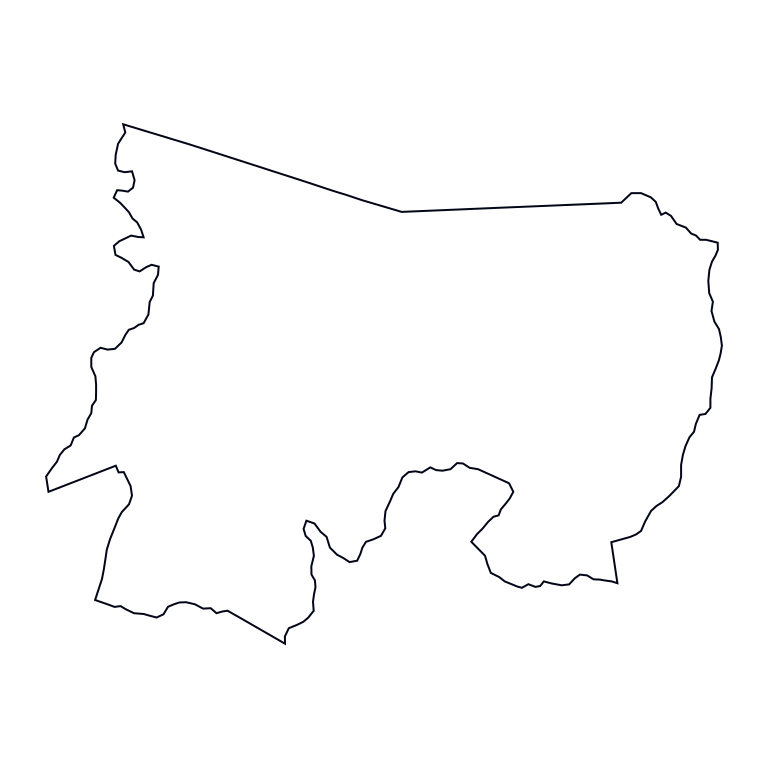 outline of Uruoca, Ceará, Brazil
{"feature_id": "56859067B73687769922526", "entity_name": "Uruoca", "entity_type": "district", "adm_level": 2, "iso_a3": "BRA", "parent_name": "Brazil", "parent_adm1": "Ceará", "projection": "equal_earth", "projection_center": [-40.696, -3.323], "detail": "fine", "context": "isolated", "style": "outline", "palette": "ink", "viewbox_px": 768, "rotation_deg": 0, "n_neighbors": 0, "source": "geoboundaries", "source_scale": "gbopen_adm2", "svg_char_len": 3141}
<svg xmlns="http://www.w3.org/2000/svg" viewBox="0 0 768 768"><path d="M95.1,600.0L107.8,604.4L114.5,606.9L120.6,606.1L125.9,609.3L134.0,613.2L143.7,614.0L149.7,615.7L156.6,617.5L163.5,614.3L168.0,606.8L173.6,604.4L179.2,602.5L186.0,602.2L195.0,604.3L203.0,608.6L210.7,608.2L216.5,613.2L222.4,611.5L227.5,610.7L240.9,618.3L285.0,643.7L284.9,636.4L288.8,628.2L297.4,624.7L303.3,621.8L308.3,617.6L313.7,610.8L313.0,601.8L314.0,594.4L315.5,587.1L314.9,580.3L311.5,574.6L311.3,566.5L313.9,555.8L312.8,547.5L310.8,540.8L305.7,536.0L303.6,528.9L306.4,520.7L314.5,523.5L320.5,531.7L326.6,536.9L329.9,547.6L337.0,554.7L343.1,557.9L349.5,562.1L357.2,560.7L360.4,553.9L362.4,547.6L366.0,541.8L373.4,539.3L381.0,535.8L385.3,528.3L384.5,520.7L385.5,511.1L390.2,501.0L393.2,493.9L398.5,487.0L402.4,477.4L408.6,472.1L415.5,471.3L421.9,472.6L430.3,467.4L436.1,470.1L442.5,470.7L450.5,469.2L457.1,463.1L463.0,463.5L469.6,467.8L478.1,469.2L509.1,483.3L513.3,491.8L509.7,498.5L505.5,503.9L500.9,509.3L498.6,515.4L493.5,516.7L487.9,522.1L482.3,528.9L477.1,534.0L471.3,541.8L478.3,548.9L485.0,555.7L487.4,564.0L490.8,572.9L499.3,577.1L504.7,581.4L512.1,584.4L516.9,586.4L521.9,587.8L528.4,584.2L535.4,586.9L540.2,586.0L543.8,581.4L551.8,583.5L561.7,585.3L569.1,584.4L574.9,578.2L579.9,574.6L587.1,575.4L593.5,579.3L599.8,579.6L605.1,580.5L611.7,581.4L617.4,583.2L611.3,542.2L630.3,536.9L636.1,534.4L641.0,531.0L645.2,521.4L651.0,511.0L656.3,506.1L662.5,502.1L669.6,495.7L678.9,486.1L681.1,476.7L681.1,464.9L682.9,454.9L685.5,446.1L689.5,437.2L694.0,431.8L695.9,423.8L699.6,414.9L705.5,413.9L710.4,407.8L710.4,398.9L711.6,388.5L712.0,377.3L715.5,369.1L718.9,360.3L720.6,353.5L721.9,345.6L720.8,337.1L719.0,329.1L714.4,321.6L711.5,311.0L712.9,301.7L709.2,293.1L708.3,281.0L709.4,269.8L712.0,261.6L715.5,255.6L717.9,249.8L717.7,242.7L711.0,241.0L706.0,239.8L700.1,239.8L696.1,235.6L691.1,233.5L685.9,227.6L676.6,224.0L671.0,215.9L665.7,212.6L661.2,214.8L658.3,208.7L655.8,201.9L650.8,197.3L641.0,193.1L631.4,193.1L621.2,202.7L500.9,207.7L401.7,211.9L362.1,200.2L346.0,194.8L337.7,192.3L331.1,190.2L302.0,180.6L189.5,144.4L123.2,124.3L125.3,132.5L121.3,138.7L118.1,143.7L115.7,154.8L115.2,163.7L118.1,170.6L124.7,172.2L132.0,171.3L134.6,180.2L133.0,187.7L128.0,191.6L121.9,190.6L117.1,190.2L113.7,197.7L120.0,202.7L124.7,207.6L129.0,212.3L132.5,218.5L137.2,222.4L141.2,229.9L143.6,237.3L138.3,237.0L131.1,235.6L125.9,238.1L119.2,241.3L113.9,245.9L115.5,254.9L121.3,257.7L128.5,262.0L134.1,269.6L139.6,271.4L146.3,267.1L151.6,264.8L158.7,266.6L158.0,274.8L153.7,283.1L152.9,295.6L149.7,302.0L148.4,314.5L143.6,323.2L138.6,324.8L134.1,328.0L128.8,329.8L125.3,335.0L121.6,342.4L115.0,348.8L107.6,349.6L100.6,347.8L94.0,352.1L91.3,357.8L91.3,367.0L95.4,376.3L96.1,384.8L96.1,392.1L95.9,400.0L92.0,405.7L91.3,413.1L87.6,419.5L84.9,428.4L78.9,435.2L73.9,437.5L70.7,445.4L64.4,449.3L59.8,455.0L56.9,461.8L52.2,467.8L46.1,476.5L48.5,491.8L115.8,465.7L118.6,472.4L123.8,472.1L130.6,486.1L132.0,495.7L129.0,504.3L121.8,512.1L118.4,518.2L114.4,528.3L110.0,539.3L106.8,549.7L105.7,557.2L103.9,569.0L102.0,578.9L95.1,600.0Z" fill="none" stroke="#020617" stroke-width="2"/></svg>